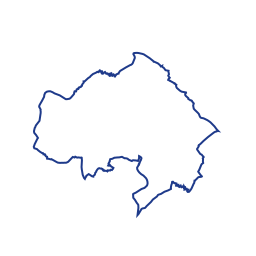 outline of Non Thai, Nakhon Ratchasima, Thailand, rotated 214°
{"feature_id": "78962969B14753651258608", "entity_name": "Non Thai", "entity_type": "district", "adm_level": 2, "iso_a3": "THA", "parent_name": "Thailand", "parent_adm1": "Nakhon Ratchasima", "projection": "mercator", "projection_center": [102.011, 15.192], "detail": "fine", "context": "isolated", "style": "outline", "palette": "blue", "viewbox_px": 256, "rotation_deg": 214, "n_neighbors": 0, "source": "geoboundaries", "source_scale": "gbopen_adm2", "svg_char_len": 5780}
<svg xmlns="http://www.w3.org/2000/svg" viewBox="0 0 256 256"><g transform="rotate(214 128 128)"><path d="M51.6,176.0L53.5,176.4L57.2,177.7L62.6,178.8L64.1,178.9L66.5,178.9L70.1,178.4L71.0,178.2L73.1,177.3L73.9,177.3L75.0,177.8L77.2,179.3L78.9,179.7L82.9,180.4L84.3,180.8L86.5,183.0L87.0,184.5L87.3,184.7L87.3,185.2L88.6,185.6L89.6,185.8L90.3,186.3L91.2,186.2L91.8,185.8L92.3,185.9L94.3,185.8L94.8,186.5L97.9,186.9L99.1,187.4L99.7,188.5L99.5,189.6L99.8,189.9L103.9,188.1L105.8,188.0L109.8,188.5L110.8,189.0L111.8,189.9L112.1,190.9L113.9,190.8L113.9,191.1L114.5,191.2L115.4,190.9L116.9,190.9L117.8,190.7L119.4,190.7L119.9,190.4L121.1,190.6L121.6,190.4L121.8,191.0L121.5,193.0L122.9,193.4L123.9,193.9L124.1,195.5L126.1,197.4L126.4,198.1L129.2,196.9L132.1,197.9L133.4,197.8L134.0,198.1L134.3,198.1L134.5,198.6L135.2,197.4L136.7,198.0L139.4,198.3L143.4,197.6L143.8,197.3L144.3,197.6L149.1,198.0L156.0,197.9L157.5,197.5L161.1,196.1L162.6,195.3L164.7,193.7L165.1,193.1L164.9,192.3L162.5,191.0L161.9,190.4L161.5,189.8L160.3,184.3L160.4,183.2L160.8,182.1L161.3,181.5L163.5,177.3L166.4,171.0L166.5,170.5L166.5,168.7L166.2,167.8L166.9,167.2L167.3,166.3L167.6,166.1L167.6,165.1L167.8,165.0L167.9,164.8L167.5,163.5L167.8,163.3L168.5,164.1L169.1,163.8L169.5,164.3L169.9,164.4L170.0,164.0L170.4,163.7L170.2,163.5L169.8,163.5L169.7,163.2L170.0,162.9L170.1,162.5L170.6,162.4L171.6,162.9L171.3,163.2L171.4,163.5L171.8,163.6L172.3,164.1L172.6,164.1L172.7,163.7L172.5,163.2L173.7,162.6L173.7,162.4L172.9,162.0L172.7,161.7L172.1,161.6L172.0,161.3L172.2,161.0L172.7,161.0L173.7,161.7L174.3,161.3L175.3,161.8L175.7,161.7L175.7,161.3L176.3,160.8L178.4,161.6L178.9,160.7L178.8,160.2L178.9,159.4L179.7,158.6L180.3,158.6L180.7,158.9L180.9,160.1L181.3,160.5L182.1,160.0L182.4,159.5L183.6,160.0L183.8,159.3L183.5,158.4L183.8,158.1L183.9,157.6L184.9,157.4L185.5,155.9L187.2,153.2L188.0,150.4L188.1,149.0L188.9,147.2L190.0,142.5L190.9,141.8L190.1,140.9L190.3,138.5L189.8,137.3L190.2,137.0L190.0,136.0L190.2,135.4L191.0,134.7L191.3,134.3L191.4,133.8L191.1,133.6L191.0,132.6L191.6,132.4L191.9,131.9L191.9,131.4L192.1,131.2L192.0,130.9L191.5,129.3L192.0,128.9L192.6,128.8L192.8,128.5L192.3,127.0L191.8,126.2L191.8,125.4L192.3,121.3L192.8,119.6L194.8,117.7L195.8,117.1L202.8,116.9L208.3,115.6L210.5,115.5L213.0,115.0L214.6,113.8L215.6,112.7L216.3,110.8L215.9,108.7L215.0,106.9L214.5,102.4L214.2,98.0L214.0,96.9L213.5,95.9L210.8,94.5L210.5,93.8L209.8,93.1L208.8,91.6L205.4,84.5L205.8,78.6L205.3,76.5L205.4,76.0L204.3,73.1L203.8,72.3L202.9,71.5L200.3,70.8L197.1,69.4L197.1,68.2L196.3,62.3L196.0,61.3L195.6,59.7L194.3,58.8L193.8,59.0L191.6,59.6L190.3,59.3L187.4,59.1L185.2,59.2L184.5,59.6L183.4,58.9L183.0,59.4L182.3,59.7L181.9,59.3L181.6,59.5L181.2,59.3L181.1,59.0L180.3,58.6L179.0,58.9L178.3,58.2L178.3,57.7L177.9,57.4L177.7,57.7L177.2,57.7L176.5,58.1L174.0,59.0L173.8,59.2L173.8,59.4L167.8,59.9L166.7,60.1L165.0,61.0L159.9,64.6L159.2,65.6L158.7,66.5L157.6,73.1L155.8,73.7L155.7,74.7L153.6,75.0L152.8,75.8L150.6,76.9L150.2,77.4L149.8,77.5L148.1,75.4L144.7,69.7L143.1,67.8L139.4,63.9L136.5,62.0L135.3,61.7L135.6,63.3L135.5,64.4L135.8,65.1L134.8,67.8L132.5,67.9L131.6,67.8L130.6,67.9L129.6,68.3L129.9,68.8L129.9,69.2L129.4,70.6L129.7,71.8L130.1,72.5L129.9,74.0L130.2,74.6L130.2,76.4L130.0,77.7L129.4,78.6L128.3,78.9L127.5,79.5L126.5,79.7L126.3,79.7L126.3,79.4L124.6,78.9L124.4,79.6L123.4,79.4L122.1,80.4L120.9,80.5L121.0,81.0L121.0,81.7L120.6,81.8L120.5,81.6L120.2,81.8L119.8,82.5L119.0,82.8L118.8,83.9L117.8,84.2L117.8,85.3L117.6,85.7L117.8,86.8L120.6,86.7L122.3,87.2L122.6,86.1L123.4,85.8L123.5,87.4L124.2,87.5L124.4,88.5L124.4,90.0L124.7,90.2L125.3,92.2L123.8,93.7L122.7,95.7L120.4,97.6L118.9,98.7L116.9,100.7L113.9,101.0L112.9,101.7L111.2,102.3L109.8,102.1L106.5,102.7L106.3,102.8L106.1,103.7L105.6,104.2L103.1,105.6L101.3,106.3L101.9,109.3L102.4,109.8L103.1,110.9L102.4,111.0L100.5,110.9L99.9,110.4L99.4,108.7L99.5,108.6L99.2,107.1L99.0,105.2L98.8,105.3L98.4,103.7L98.7,103.6L98.4,102.5L98.3,100.3L97.4,99.1L95.9,98.2L93.9,97.5L91.3,97.1L88.6,97.2L85.1,96.5L84.0,96.0L83.0,95.4L81.7,94.2L80.7,92.9L80.2,91.6L80.1,90.6L80.8,87.6L82.7,85.0L85.3,78.9L86.6,76.7L86.8,76.0L84.6,73.1L82.0,72.3L79.0,70.9L76.9,70.2L76.4,69.9L74.7,67.6L71.4,61.1L71.2,62.6L71.5,68.5L71.0,69.4L69.5,70.9L69.1,71.5L68.9,73.6L67.6,79.5L67.4,82.6L65.7,87.4L65.7,89.1L65.4,89.8L63.8,91.8L62.1,95.6L59.9,98.6L58.3,101.5L59.2,102.7L59.5,103.3L60.2,105.0L60.6,106.7L61.3,107.9L61.2,108.2L60.8,108.4L60.5,107.9L60.3,108.5L59.9,108.4L59.9,108.1L58.8,108.2L58.4,108.5L58.0,108.4L57.5,108.9L56.7,109.1L56.2,108.1L55.9,108.1L56.0,107.7L55.8,107.7L55.7,107.5L55.9,107.4L55.8,107.1L54.7,107.7L55.0,108.1L54.4,108.7L54.5,109.0L54.4,109.1L54.2,108.9L54.1,108.5L53.4,107.9L53.1,108.0L53.0,107.8L52.4,107.8L52.3,108.0L52.6,108.4L52.6,108.7L52.2,109.2L52.1,109.7L51.8,109.5L51.7,109.1L50.7,108.8L50.6,109.2L50.2,109.4L50.3,109.7L50.0,110.2L49.7,110.0L49.5,110.3L49.2,110.2L49.2,110.5L48.5,109.8L48.2,110.4L48.5,110.8L48.0,110.6L47.9,110.9L47.7,111.0L47.5,110.9L47.3,110.4L46.8,110.2L47.1,109.3L47.5,109.2L47.4,109.0L47.0,109.0L46.4,109.5L46.2,109.5L46.2,109.0L45.6,109.6L45.6,110.2L45.3,110.5L44.4,110.2L43.8,110.5L43.8,110.0L43.5,109.6L43.8,109.1L43.8,108.9L43.6,108.7L43.2,108.7L42.8,108.4L42.5,108.5L41.7,109.3L41.5,111.2L41.5,113.3L42.4,118.5L42.4,119.5L43.3,121.3L43.0,121.4L43.0,122.8L42.7,123.6L42.3,126.1L41.9,126.9L40.1,128.4L39.7,128.9L39.7,129.2L40.0,129.3L41.5,129.6L45.0,130.9L45.4,131.1L45.6,133.4L46.7,138.7L46.7,139.3L46.1,141.0L47.3,142.3L48.4,144.2L49.1,144.7L49.0,146.2L49.4,146.5L50.2,146.5L52.0,147.1L53.4,146.9L53.9,147.0L58.6,148.8L59.0,149.2L59.1,152.3L59.7,152.9L59.7,153.6L59.4,154.0L58.9,155.9L58.2,159.4L56.6,165.3L54.2,172.5L53.5,173.8L52.6,174.7L52.1,175.8L51.6,176.0Z" fill="none" stroke="#1e3a8a" stroke-width="2"/></g></svg>